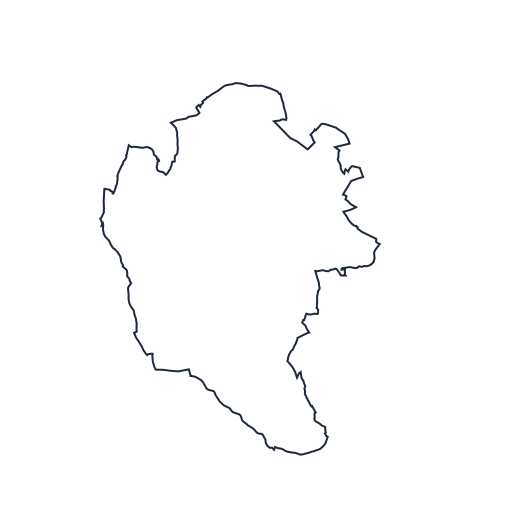 the district of Geaca, Cluj, Romania, rotated 217°
{"feature_id": "2599482B49870683085634", "entity_name": "Geaca", "entity_type": "district", "adm_level": 2, "iso_a3": "ROU", "parent_name": "Romania", "parent_adm1": "Cluj", "projection": "mercator", "projection_center": [24.058, 46.874], "detail": "fine", "context": "isolated", "style": "outline", "palette": "slate", "viewbox_px": 512, "rotation_deg": 217, "n_neighbors": 0, "source": "geoboundaries", "source_scale": "gbopen_adm2", "svg_char_len": 6123}
<svg xmlns="http://www.w3.org/2000/svg" viewBox="0 0 512 512"><g transform="rotate(217 256 256)"><path d="M365.6,386.7L366.3,386.9L372.5,384.3L376.7,381.5L378.3,378.9L381.1,376.1L383.1,373.7L383.5,372.9L384.3,370.6L385.8,365.0L388.5,358.6L389.5,355.1L390.2,353.3L390.8,353.1L390.4,351.9L391.8,347.2L391.0,347.0L390.4,346.3L390.9,343.6L390.3,341.6L392.6,342.2L393.2,338.9L393.1,338.6L387.2,336.2L388.2,332.8L388.8,331.8L393.8,326.3L394.2,324.3L394.9,323.2L400.9,316.9L404.2,311.2L400.5,310.8L397.1,310.1L396.4,309.6L392.8,306.7L391.8,305.0L388.5,301.6L385.8,297.8L383.2,295.0L381.1,291.5L380.6,290.4L380.6,288.6L380.9,287.3L380.9,286.9L377.8,282.5L379.6,280.9L378.0,277.6L377.4,275.1L376.7,273.6L376.8,272.0L376.5,269.4L376.7,266.7L378.5,266.7L379.4,267.0L381.0,266.9L383.6,265.7L385.6,265.1L387.1,265.7L388.6,266.9L389.6,268.7L389.9,269.7L390.8,271.0L391.1,271.8L391.0,273.0L390.6,273.6L390.9,273.9L392.2,274.5L392.3,273.8L392.9,273.5L395.1,275.4L397.2,275.4L398.7,275.6L401.1,277.9L403.2,278.5L405.6,278.5L405.6,278.2L408.3,277.7L411.9,274.0L419.1,269.9L420.8,268.2L421.8,267.9L424.2,267.9L421.0,260.5L420.4,259.9L420.4,258.4L419.9,257.8L419.5,257.7L418.7,256.2L418.8,255.4L418.4,254.4L418.7,252.9L418.6,251.5L418.0,249.7L417.6,249.2L417.7,247.9L417.3,246.3L417.3,245.6L416.9,244.0L416.9,243.5L416.2,241.0L416.2,240.0L415.2,237.7L414.9,236.3L414.1,236.0L413.8,235.3L412.5,233.8L411.6,231.7L411.0,231.1L409.9,228.2L410.0,227.4L409.9,227.0L409.3,226.5L407.8,221.4L407.6,219.9L408.0,219.7L408.3,220.7L409.4,220.6L409.9,220.8L410.9,220.7L411.4,220.3L412.3,220.9L414.6,220.0L416.0,219.1L417.1,218.8L417.5,218.3L410.3,207.6L407.3,204.1L406.5,202.9L405.8,202.3L404.8,200.4L403.9,199.7L402.6,193.8L402.8,192.0L401.3,191.4L399.6,190.3L398.1,188.8L397.4,187.0L397.1,187.4L397.1,188.5L397.4,189.5L396.9,189.1L394.3,185.3L392.1,183.2L390.8,182.1L387.9,180.7L382.5,179.8L378.9,177.8L375.4,176.4L372.4,176.4L369.1,175.8L366.6,175.0L363.8,173.8L360.6,170.7L359.2,169.6L356.4,168.5L355.9,167.3L351.4,167.1L350.2,166.6L348.1,164.4L347.0,162.5L345.3,161.9L343.2,161.5L342.6,160.7L341.4,159.9L339.4,159.2L339.3,155.3L339.0,153.5L334.6,148.6L331.6,144.6L329.3,142.5L327.8,141.5L325.0,140.1L321.1,139.0L317.0,135.5L314.4,133.8L310.9,130.5L306.8,124.9L305.7,123.9L307.2,121.2L301.7,118.2L299.8,117.7L292.8,115.1L289.8,113.3L285.0,111.6L283.2,111.4L283.2,112.1L282.9,112.8L280.4,115.3L279.8,115.7L279.5,115.6L278.8,113.9L277.5,112.7L276.8,111.7L274.4,109.2L270.3,106.2L267.7,104.9L261.7,109.2L254.2,113.5L248.7,117.0L241.4,125.1L237.7,122.1L236.8,121.7L236.1,120.8L233.7,122.2L231.4,123.1L224.8,123.9L221.9,123.1L215.7,120.4L213.6,120.5L208.4,122.6L207.2,122.2L204.8,120.7L197.5,118.0L192.2,117.4L190.7,117.5L186.1,118.5L184.2,118.3L183.7,118.0L180.9,117.3L177.1,118.4L174.0,119.5L171.6,119.0L168.2,116.4L165.1,116.1L163.6,116.2L160.7,115.9L155.8,116.4L153.0,116.3L148.7,115.4L146.9,115.9L144.5,117.3L143.4,117.4L138.4,115.2L137.7,114.7L135.5,112.4L132.3,111.2L129.4,111.2L127.9,112.6L125.0,112.1L125.8,114.9L123.1,115.7L119.4,117.5L117.6,117.9L115.6,117.9L112.9,118.7L109.0,120.6L109.0,120.8L106.0,122.5L101.1,124.0L98.9,126.1L97.6,128.0L96.0,129.8L93.4,133.7L92.2,134.9L91.8,135.8L89.3,139.4L88.6,140.8L88.0,143.6L87.8,145.3L87.8,148.1L89.9,154.7L91.4,154.5L94.2,155.7L94.0,156.6L94.1,157.1L96.1,158.7L96.6,159.8L97.9,161.1L101.2,160.3L104.9,160.4L108.5,159.9L110.1,160.1L111.7,161.4L111.8,162.3L112.2,162.8L113.1,163.6L114.6,165.7L114.1,166.9L120.9,169.9L121.2,169.2L125.1,170.8L126.4,171.7L127.7,171.9L128.8,172.7L129.9,173.0L130.9,173.8L134.0,175.3L135.6,177.7L137.7,179.4L138.0,181.0L138.6,181.9L141.4,183.5L142.9,184.8L145.0,185.4L146.7,186.4L150.3,190.0L150.3,189.5L150.9,189.2L151.1,188.7L150.0,183.5L152.9,185.5L153.5,185.8L154.2,186.5L158.2,188.5L161.7,189.7L167.8,191.0L167.9,191.7L169.0,193.8L170.1,196.7L170.6,199.5L170.7,201.3L170.3,203.4L170.4,204.1L171.2,207.1L171.6,210.1L172.9,214.5L173.6,215.5L171.9,218.8L170.0,222.7L169.4,223.6L168.5,225.4L167.5,226.9L171.5,228.3L174.4,230.0L179.0,230.6L179.8,233.0L179.0,233.8L179.4,234.5L179.5,235.8L180.8,238.8L181.1,240.3L179.0,241.0L177.5,241.9L175.9,243.5L174.5,245.3L172.1,246.4L171.9,247.2L174.0,250.5L175.1,250.9L176.1,250.8L177.3,252.9L178.5,254.3L178.6,255.0L179.7,256.1L179.9,256.7L183.1,260.8L183.7,262.5L184.8,264.2L185.3,265.2L185.4,267.7L185.8,268.6L187.9,270.5L190.3,273.0L193.5,275.1L199.6,279.7L197.7,280.9L194.1,284.9L191.7,285.8L189.1,287.3L187.9,290.0L185.9,292.2L185.3,293.4L184.2,294.0L182.7,293.8L180.1,293.0L176.4,291.6L172.7,294.3L173.9,294.7L174.5,295.3L174.9,296.4L175.7,296.8L176.3,298.3L176.8,298.7L178.2,297.9L179.5,296.5L180.0,297.4L179.7,298.2L178.4,299.6L177.4,300.4L175.9,302.2L174.3,303.7L169.8,305.9L168.7,306.7L167.9,307.7L167.6,309.5L167.4,309.9L165.0,311.0L163.3,313.3L161.5,314.4L160.4,315.8L159.4,317.3L158.7,319.9L158.6,320.7L158.8,321.9L158.6,321.9L158.6,322.2L159.8,325.4L162.5,328.3L163.9,330.1L164.4,332.8L164.4,340.0L165.9,339.6L168.6,339.6L170.2,342.0L186.1,339.0L190.9,339.0L191.9,339.4L192.2,340.2L193.7,339.9L194.1,340.3L195.6,339.4L198.4,339.4L201.0,339.8L204.1,340.6L207.2,342.2L210.2,343.0L212.8,344.0L209.1,348.7L207.1,351.9L205.5,355.2L211.3,354.4L215.8,355.1L218.6,355.0L219.6,358.0L220.0,358.3L223.5,357.4L225.1,373.2L222.0,378.1L218.0,383.5L226.1,388.8L232.8,385.9L233.6,385.1L233.7,384.4L233.7,381.1L233.4,379.5L233.1,378.9L236.7,379.1L236.3,377.3L235.0,374.8L236.4,374.8L240.2,376.3L241.1,377.0L242.8,379.1L244.3,380.0L244.7,380.5L246.9,381.1L249.0,382.5L249.1,383.2L249.5,384.3L252.7,388.8L252.8,390.5L258.4,390.5L248.9,402.1L251.7,404.0L254.3,405.4L257.8,406.9L259.6,407.1L267.0,406.6L269.1,406.7L279.9,403.1L282.3,401.8L283.2,400.9L283.8,392.4L285.2,392.5L284.9,390.5L285.4,385.6L283.7,385.2L280.0,382.9L277.5,382.0L278.9,372.2L292.3,372.2L299.6,370.8L322.7,374.4L320.8,376.4L318.8,378.1L317.4,380.8L316.8,381.3L313.9,382.8L314.2,383.6L314.8,384.6L318.8,388.4L321.8,390.5L325.0,393.2L326.2,394.5L329.2,396.3L334.0,400.2L334.4,400.3L334.7,399.6L335.0,399.5L337.9,400.3L344.2,398.8L353.1,395.8L354.0,395.4L356.3,393.5L358.9,391.8L363.9,387.5L364.7,387.3L365.6,386.7Z" fill="none" stroke="#1e293b" stroke-width="2"/></g></svg>